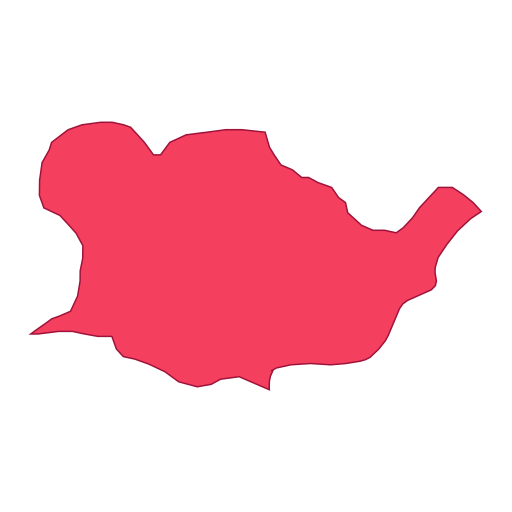 Kabsan, Ryanggang, North Korea
{"feature_id": "82179303B90819617668456", "entity_name": "Kabsan", "entity_type": "district", "adm_level": 2, "iso_a3": "PRK", "parent_name": "North Korea", "parent_adm1": "Ryanggang", "projection": "equal_earth", "projection_center": [128.401, 41.122], "detail": "fine", "context": "isolated", "style": "filled", "palette": "rose", "viewbox_px": 512, "rotation_deg": 0, "n_neighbors": 0, "source": "geoboundaries", "source_scale": "gbopen_adm2", "svg_char_len": 1413}
<svg xmlns="http://www.w3.org/2000/svg" viewBox="0 0 512 512"><path d="M461.7,227.0L470.6,218.7L481.3,211.5L473.0,202.5L463.8,195.0L452.3,187.4L438.4,187.4L429.0,197.5L419.6,207.6L412.6,217.7L403.2,227.8L396.2,232.8L384.6,230.3L373.0,230.3L361.5,225.3L347.7,212.7L345.5,202.6L338.6,197.6L331.7,187.5L317.8,182.5L308.6,177.5L301.7,177.5L292.5,169.9L280.9,164.9L274.1,154.8L269.5,147.3L267.3,139.7L265.1,132.2L241.9,129.7L225.7,129.7L207.1,132.2L186.2,134.8L169.9,142.3L160.5,154.9L153.5,154.9L144.4,142.4L137.5,134.8L130.6,127.3L123.7,124.8L112.2,122.3L100.6,122.3L82.0,124.8L68.0,129.8L51.6,142.4L49.2,150.0L42.1,162.6L39.6,180.2L39.4,195.3L43.9,207.9L60.0,215.5L69.2,225.5L76.0,233.1L82.9,245.7L82.7,258.3L80.2,270.9L80.1,281.0L77.6,296.1L70.5,311.3L58.8,316.3L51.8,318.8L44.8,323.9L37.7,328.9L30.7,334.0L37.7,334.0L58.6,331.4L72.5,331.4L84.1,333.9L98.0,336.4L111.9,336.4L116.4,349.0L123.3,356.6L134.9,359.1L148.8,364.1L164.9,371.7L178.7,381.8L197.3,386.8L211.2,384.3L220.6,379.2L239.2,376.7L250.7,381.7L269.3,389.7L269.2,387.1L269.4,381.2L270.4,376.2L272.8,370.8L272.0,370.5L276.3,368.0L290.8,364.8L310.5,363.5L330.7,364.8L345.8,363.5L360.1,361.2L365.4,359.7L370.1,357.3L379.0,348.8L385.5,340.5L388.3,335.3L399.5,308.7L402.7,304.0L407.6,300.4L431.3,289.8L435.4,285.6L436.4,281.0L435.0,272.2L435.2,267.5L438.1,257.5L446.8,244.5L457.6,230.8L461.7,227.0Z" fill="#f43f5e" stroke="#9f1239" stroke-width="1.5"/></svg>